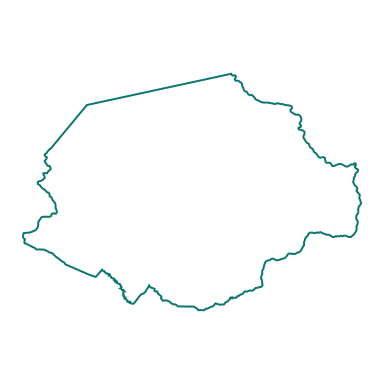 the district of Kompiam District, Enga, Papua New Guinea
{"feature_id": "67681753B5987121192502", "entity_name": "Kompiam District", "entity_type": "district", "adm_level": 2, "iso_a3": "PNG", "parent_name": "Papua New Guinea", "parent_adm1": "Enga", "projection": "mercator", "projection_center": [143.976, -5.26], "detail": "fine", "context": "isolated", "style": "outline", "palette": "teal", "viewbox_px": 384, "rotation_deg": 0, "n_neighbors": 0, "source": "geoboundaries", "source_scale": "gbopen_adm2", "svg_char_len": 6002}
<svg xmlns="http://www.w3.org/2000/svg" viewBox="0 0 384 384"><path d="M86.9,105.0L50.5,148.9L49.2,149.5L47.4,151.8L46.7,153.0L45.4,153.8L44.6,154.8L45.4,156.5L46.8,157.3L46.5,158.7L45.6,160.0L44.8,160.6L45.0,162.1L46.2,163.6L47.3,165.6L49.5,166.0L50.4,167.6L50.7,169.2L47.9,171.7L47.0,173.3L44.7,173.0L43.3,173.4L43.6,174.9L44.5,176.1L44.5,178.3L43.3,179.4L41.9,180.4L40.8,180.9L38.8,181.4L37.6,182.3L38.0,184.1L39.7,185.1L42.0,187.9L43.1,188.8L44.8,189.8L47.1,192.3L48.7,192.7L49.5,194.0L49.7,196.4L51.3,197.1L52.6,200.2L54.0,201.6L55.0,203.1L55.6,205.2L55.6,208.3L56.3,209.2L56.9,211.9L55.9,213.7L53.9,213.4L52.0,213.7L50.9,216.3L49.2,216.8L45.2,216.7L43.2,216.8L41.4,217.3L38.5,221.6L38.2,223.2L38.2,225.3L38.0,226.5L36.8,228.7L35.5,230.2L31.8,231.8L29.8,232.5L23.7,233.1L23.2,234.9L23.0,236.7L23.6,238.3L24.5,238.9L25.0,239.8L24.3,241.5L24.7,243.3L26.0,243.6L33.1,247.3L34.8,247.9L36.0,249.3L37.8,249.5L40.4,249.4L42.3,249.7L43.9,249.5L47.5,251.2L48.9,252.1L50.5,252.8L52.1,253.0L55.5,256.4L59.6,259.4L61.2,260.9L64.1,262.4L65.5,264.4L90.1,275.1L95.7,276.9L102.0,269.9L102.2,270.7L104.1,270.9L104.5,272.0L105.4,272.5L106.2,273.5L107.3,273.4L108.1,273.9L109.1,273.9L109.3,274.1L108.6,274.4L108.6,275.0L109.3,275.2L109.0,275.6L110.2,275.9L111.2,276.7L111.1,277.6L113.3,278.7L114.3,278.7L114.9,280.0L114.4,280.3L115.2,280.8L115.0,281.6L115.8,281.7L116.1,282.2L116.6,281.3L117.2,282.1L117.1,282.8L118.2,283.7L119.9,284.0L120.3,285.3L121.2,286.1L121.0,286.8L121.5,287.5L120.2,288.4L121.2,288.8L121.9,289.8L123.4,289.9L124.1,290.8L123.5,290.6L123.5,291.2L123.0,292.0L123.6,293.3L122.9,294.8L123.9,295.5L123.6,296.4L124.5,297.1L124.6,298.4L125.6,297.9L125.6,299.1L126.3,299.4L127.1,300.4L127.4,301.7L128.6,301.5L128.8,302.1L129.8,302.0L129.4,302.6L130.6,303.3L133.4,303.8L134.9,302.3L139.0,296.7L141.6,293.9L143.1,293.7L144.5,292.7L146.1,290.9L146.5,289.8L148.4,287.0L149.0,285.5L150.7,287.5L154.5,288.7L154.5,290.7L155.0,291.4L156.8,291.2L157.9,292.6L157.7,293.4L161.4,296.5L161.0,298.5L162.5,300.0L163.0,300.8L166.4,300.3L169.3,301.5L170.9,303.0L172.7,304.1L174.8,304.4L176.7,305.1L177.8,306.4L194.1,306.6L195.7,307.9L197.3,308.7L198.2,310.1L204.3,310.2L205.9,308.7L207.9,308.5L210.8,306.8L213.1,306.3L214.3,304.7L215.5,303.4L219.3,304.6L221.4,304.6L224.1,304.4L224.8,303.3L225.9,302.1L227.3,301.6L229.8,299.2L230.4,297.6L232.0,297.5L231.6,298.3L232.3,298.4L233.3,297.8L235.0,297.8L236.5,297.6L237.3,296.2L239.3,295.7L240.0,294.7L242.3,294.1L243.3,293.1L243.5,292.7L244.9,291.4L247.0,291.6L248.2,291.1L249.4,290.5L252.0,290.7L253.5,290.0L255.5,288.0L257.0,287.9L258.9,287.2L260.2,287.2L261.3,286.8L262.0,286.1L262.6,285.0L262.2,283.3L262.1,281.0L261.7,279.8L261.1,278.8L261.1,277.2L261.5,275.7L262.3,274.0L262.2,272.8L262.2,271.2L262.4,270.5L263.4,268.8L264.0,265.9L264.2,265.6L264.6,263.9L265.4,262.1L266.2,261.2L267.1,260.7L268.9,260.3L269.8,260.0L271.8,258.7L272.5,258.6L273.6,258.9L276.1,260.2L277.9,260.2L280.3,259.6L281.5,258.9L283.6,258.5L285.1,257.9L286.6,256.3L287.8,254.4L288.3,253.9L289.0,253.5L293.7,254.0L294.8,254.0L295.8,253.7L297.2,252.5L299.1,252.3L300.6,251.0L303.1,246.5L303.7,245.7L304.1,244.8L304.0,243.4L304.2,241.9L304.7,240.2L305.1,239.6L305.2,238.5L308.1,235.1L308.6,233.7L309.5,232.9L310.5,232.6L312.8,232.7L314.1,233.1L315.1,233.1L316.8,232.5L319.0,232.7L319.5,232.6L320.1,232.1L320.6,232.1L321.3,232.4L322.6,233.4L323.8,233.5L324.6,233.8L325.2,234.3L326.0,234.6L328.5,234.7L329.1,234.9L331.4,236.2L332.0,236.8L332.6,237.0L333.7,236.9L335.6,236.4L335.7,236.5L338.3,236.2L339.4,236.4L340.6,235.8L341.1,235.7L342.4,236.3L342.9,236.2L343.6,235.7L344.5,235.7L346.5,235.9L348.5,237.0L350.9,237.0L353.0,235.2L354.3,234.0L356.1,231.0L356.7,229.2L356.5,226.2L357.4,224.5L357.7,222.7L357.7,221.6L357.3,220.6L356.6,219.4L356.2,218.3L356.3,216.2L356.7,215.1L357.9,213.6L358.3,211.9L358.2,209.1L358.7,207.0L359.3,205.9L360.4,204.8L361.0,203.3L361.0,202.7L360.4,201.5L360.4,200.6L360.2,199.8L359.3,198.3L359.3,197.3L359.7,196.0L359.7,194.9L359.5,194.4L358.5,193.5L358.1,192.5L357.1,191.8L356.6,191.2L356.7,190.2L357.3,189.3L357.3,188.3L357.0,187.6L356.7,187.1L354.8,185.4L353.2,182.3L353.3,181.1L353.8,179.8L353.8,178.3L354.3,177.1L355.1,176.0L355.2,174.4L355.7,173.4L356.4,172.6L357.1,172.2L357.8,171.4L358.1,169.9L357.5,169.2L355.9,168.5L355.0,167.2L354.8,166.3L355.9,165.2L355.7,163.7L355.3,163.3L354.7,163.2L353.7,164.3L353.2,164.5L352.2,164.5L351.6,164.3L350.7,164.6L349.5,165.6L348.7,165.9L347.4,166.6L345.9,166.5L343.0,164.9L340.9,163.9L339.2,164.0L338.2,164.2L336.5,165.0L335.9,165.1L334.4,165.9L333.3,166.1L332.4,166.0L331.9,165.5L331.4,164.2L329.8,162.7L326.9,162.8L326.3,162.5L325.7,162.0L325.1,160.1L325.0,158.4L324.1,157.3L322.8,157.1L320.4,157.8L319.5,157.5L318.6,157.0L316.5,153.8L313.8,151.7L313.2,149.8L312.8,149.2L312.1,148.5L310.6,147.6L310.0,147.0L309.5,146.2L309.2,144.6L308.8,143.9L308.1,143.3L306.5,142.5L303.7,138.1L303.4,137.0L303.4,136.2L304.3,134.4L304.6,133.2L304.5,131.9L303.6,131.0L302.9,130.5L299.5,129.6L298.9,129.2L298.4,128.7L298.4,128.1L299.2,127.4L299.9,127.3L300.6,126.9L301.1,126.1L301.1,125.6L299.7,124.2L299.7,123.1L300.1,122.1L301.0,121.2L301.4,120.1L301.4,119.1L300.9,117.8L300.9,117.2L300.1,116.0L299.1,115.0L298.1,114.6L296.0,114.7L295.2,114.4L291.5,112.2L290.8,111.6L290.5,110.8L290.5,109.9L291.2,109.0L291.9,108.5L292.1,108.0L292.1,107.3L291.3,106.2L290.0,105.7L289.2,105.6L288.9,105.3L287.9,105.4L287.4,105.2L285.2,105.0L282.8,104.1L280.9,104.1L278.3,103.3L277.2,103.3L275.7,103.9L273.9,103.9L272.7,103.4L271.4,103.3L269.6,102.8L268.5,102.8L266.9,102.5L264.1,102.6L261.1,102.1L258.5,100.6L257.8,100.5L255.7,99.4L255.0,98.5L254.6,97.6L252.1,95.1L251.3,95.0L250.1,95.2L248.9,94.7L247.9,93.8L247.0,92.2L246.5,91.7L245.1,91.3L244.2,90.6L243.6,89.4L243.6,89.0L243.1,87.6L242.7,87.2L242.3,86.0L242.3,85.3L242.0,83.9L241.5,83.2L240.8,82.5L239.5,81.8L238.9,81.1L237.9,80.7L235.8,80.7L235.3,80.3L235.0,79.8L234.8,78.8L236.0,76.7L236.0,76.4L234.9,75.3L232.7,75.6L231.4,74.6L231.2,73.8L86.9,105.0Z" fill="none" stroke="#0f766e" stroke-width="2"/></svg>